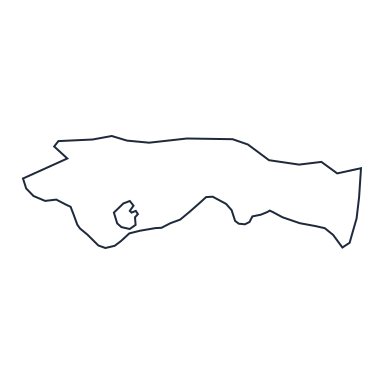 outline of Termez, Surkhandarya, Uzbekistan
{"feature_id": "79887680B61721126470320", "entity_name": "Termez", "entity_type": "district", "adm_level": 2, "iso_a3": "UZB", "parent_name": "Uzbekistan", "parent_adm1": "Surkhandarya", "projection": "albers", "projection_center": [67.436, 37.28], "detail": "fine", "context": "isolated", "style": "outline", "palette": "slate", "viewbox_px": 384, "rotation_deg": 0, "n_neighbors": 0, "source": "geoboundaries", "source_scale": "gbopen_adm2", "svg_char_len": 1036}
<svg xmlns="http://www.w3.org/2000/svg" viewBox="0 0 384 384"><path d="M186.9,138.5L149.1,142.7L127.0,140.6L111.7,136.0L92.7,139.5L58.4,141.1L54.2,146.5L67.3,158.5L23.0,178.5L26.2,188.5L33.5,196.0L45.1,200.9L56.3,199.6L65.5,204.4L70.6,206.8L73.7,214.8L77.3,224.7L80.0,228.5L87.4,234.6L98.4,245.5L105.4,248.0L114.7,245.8L120.8,241.2L125.3,237.1L129.3,233.4L140.1,230.7L155.4,228.1L161.5,227.8L170.4,223.2L180.2,219.6L189.6,211.8L200.5,202.2L206.1,197.1L212.7,196.7L226.1,203.9L231.6,210.1L235.1,220.9L238.8,223.7L244.9,224.3L249.5,222.0L252.4,216.4L260.8,214.7L267.4,212.0L269.7,210.6L272.9,212.1L282.6,217.3L299.8,223.2L315.6,226.1L316.0,226.2L324.8,228.2L333.1,234.9L342.4,247.5L349.6,242.8L356.6,218.3L359.1,197.1L361.0,168.2L337.2,173.4L321.4,161.9L299.1,164.6L269.0,160.2L247.9,144.5L232.6,139.2L186.9,138.5ZM129.8,210.9L131.6,212.6L135.8,210.9L137.9,214.1L135.0,217.3L135.6,224.9L129.7,229.0L121.4,227.1L117.2,223.4L113.9,212.6L123.3,203.5L129.8,201.0L133.5,205.7L129.8,210.9Z" fill="none" stroke="#1e293b" stroke-width="2"/></svg>